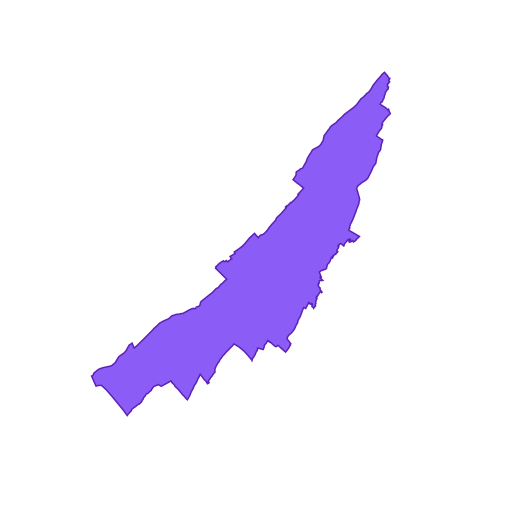 outline of Huruiesti, Bacau, Romania, rotated 61°
{"feature_id": "2599482B81249023924976", "entity_name": "Huruiesti", "entity_type": "district", "adm_level": 2, "iso_a3": "ROU", "parent_name": "Romania", "parent_adm1": "Bacau", "projection": "albers", "projection_center": [27.233, 46.261], "detail": "fine", "context": "isolated", "style": "filled", "palette": "violet", "viewbox_px": 512, "rotation_deg": 61, "n_neighbors": 0, "source": "geoboundaries", "source_scale": "gbopen_adm2", "svg_char_len": 6078}
<svg xmlns="http://www.w3.org/2000/svg" viewBox="0 0 512 512"><g transform="rotate(61 256 256)"><path d="M333.1,446.0L332.4,444.6L331.4,441.8L331.2,440.6L330.1,439.2L329.7,438.4L329.1,433.3L328.6,430.7L328.9,430.2L328.2,427.0L327.3,425.9L326.5,424.2L325.3,422.7L324.6,420.5L323.5,419.2L323.5,418.4L323.8,417.6L323.2,415.3L322.7,412.7L321.7,411.3L320.7,409.0L320.6,408.4L320.9,406.3L321.0,403.8L321.5,403.7L324.0,402.0L324.1,390.8L326.2,390.9L327.9,390.2L329.3,389.9L330.9,390.0L334.8,388.7L342.5,387.3L344.0,386.7L346.5,386.4L348.1,385.9L348.5,385.7L345.5,381.0L343.4,378.5L341.8,375.9L339.0,372.2L338.9,371.6L337.7,369.5L335.2,366.2L334.0,364.1L332.4,362.5L332.4,362.1L339.5,361.1L341.3,360.5L344.2,360.4L344.3,360.3L344.1,358.5L343.0,358.9L342.8,358.4L342.4,358.5L340.0,353.6L339.5,352.1L338.8,351.3L338.7,350.7L338.1,349.6L337.7,348.1L336.3,347.6L334.4,346.2L332.1,342.9L331.2,341.3L330.4,339.3L329.1,337.8L328.5,335.8L327.5,334.3L326.5,330.9L325.8,329.4L324.6,325.0L323.9,323.0L323.3,320.6L322.2,317.9L327.2,315.0L333.6,312.5L339.6,311.1L344.5,310.2L345.5,310.2L344.1,308.9L343.3,307.1L341.8,304.5L340.1,302.5L339.3,300.8L338.6,300.1L337.2,299.3L341.3,295.0L339.4,292.8L338.1,291.8L337.8,291.3L337.4,289.6L335.6,286.7L337.7,286.0L337.5,285.6L344.3,283.1L345.1,282.4L344.9,280.6L345.0,279.9L349.0,278.7L354.4,276.7L353.3,274.0L352.7,272.6L351.3,270.6L350.6,269.1L350.1,269.1L349.7,268.1L343.1,269.0L341.6,266.7L341.0,265.2L340.6,263.0L340.1,261.4L339.3,259.3L338.2,257.3L335.8,254.2L335.0,252.5L332.7,250.4L330.2,246.4L325.6,241.1L324.2,239.2L326.0,238.0L322.9,233.3L322.1,232.4L322.4,232.2L323.2,232.7L324.0,231.9L324.6,231.7L325.1,231.0L324.5,230.6L325.2,230.0L326.3,230.7L327.0,231.5L328.0,231.4L328.4,230.9L329.7,230.9L329.3,230.4L329.1,229.5L328.6,228.9L328.6,228.2L327.3,227.7L326.7,226.8L324.8,225.8L322.6,223.2L321.8,223.6L320.7,222.6L321.2,222.1L320.4,221.0L318.5,217.2L319.3,216.5L319.9,216.3L319.6,215.8L316.1,216.2L315.7,216.0L315.2,215.4L313.7,215.9L311.5,215.8L311.4,215.2L310.8,215.1L310.3,213.8L309.4,213.6L308.4,212.3L309.3,210.5L309.7,209.4L306.4,210.4L305.8,210.3L306.2,209.2L300.7,208.4L300.4,206.5L300.6,205.2L300.9,204.4L300.9,203.2L301.2,202.2L301.2,201.1L301.0,200.4L297.9,197.5L297.6,195.9L296.4,193.7L294.9,191.9L293.9,191.0L293.8,190.7L294.9,190.1L294.7,189.9L294.4,190.0L293.3,188.9L293.2,188.5L293.7,188.4L293.3,187.8L292.7,185.7L293.1,185.6L293.1,185.3L292.3,184.0L292.4,183.5L291.8,182.3L290.8,182.9L290.5,182.7L289.6,181.6L289.2,180.7L288.1,179.1L287.1,179.5L286.9,178.8L286.9,178.5L286.7,178.4L286.5,178.6L286.3,178.3L286.3,177.8L286.5,177.8L286.2,176.6L285.9,176.3L286.0,176.0L287.3,175.3L289.8,174.4L288.9,173.3L288.4,173.0L286.9,169.1L286.2,168.1L286.2,167.8L286.2,167.5L286.4,167.3L286.8,165.5L287.1,165.4L287.7,165.6L287.7,165.9L288.0,166.3L288.0,167.0L287.8,167.1L287.7,167.6L288.7,167.3L289.2,167.6L289.3,166.8L289.4,166.4L289.6,166.3L289.6,165.9L289.3,165.0L289.4,164.1L290.4,164.2L291.0,164.0L290.7,161.9L290.9,161.9L290.9,161.6L290.5,161.1L290.5,160.6L290.2,160.3L290.2,159.9L289.7,159.0L289.7,157.9L289.1,156.0L278.4,162.4L277.8,161.9L277.1,160.4L276.1,160.2L274.1,158.1L270.9,153.5L265.1,146.5L264.6,146.2L261.4,142.2L259.5,140.1L258.4,139.8L257.6,138.5L256.8,137.9L254.7,137.3L245.6,135.2L245.0,134.5L244.2,132.9L243.9,132.8L243.7,130.6L243.1,127.5L243.1,125.3L243.0,123.5L242.3,120.7L237.6,113.8L234.9,110.4L233.0,106.3L227.9,102.1L226.5,100.3L225.0,98.8L223.8,96.3L223.0,95.1L221.9,94.5L220.6,93.3L219.4,92.5L216.6,89.4L215.8,88.9L214.9,89.7L209.3,92.5L206.5,87.6L205.6,85.6L205.5,84.8L204.5,83.6L203.4,82.9L202.5,81.6L201.9,82.0L201.1,81.1L199.8,79.2L199.7,78.6L197.8,73.8L196.6,69.5L193.6,69.3L192.1,68.9L192.5,69.8L189.5,70.6L183.6,73.8L182.6,72.8L182.3,71.6L182.4,70.9L181.2,69.5L179.8,67.3L178.1,66.1L177.6,65.3L175.8,63.5L174.3,60.9L174.2,59.8L172.5,58.2L171.4,58.8L171.2,58.4L169.6,58.0L169.2,57.3L169.5,57.2L169.3,56.5L169.1,56.2L168.9,55.6L168.2,55.2L168.3,54.6L166.4,54.8L166.1,53.4L165.7,53.0L165.6,53.3L162.6,53.7L162.2,53.6L157.6,54.6L158.3,57.9L159.4,60.2L160.5,63.7L163.5,70.9L165.5,74.0L167.1,77.4L167.4,78.7L167.6,80.7L168.4,82.7L169.1,85.4L169.4,88.0L172.5,94.8L173.4,98.6L175.0,110.3L175.8,112.3L177.1,118.2L178.4,122.0L178.3,122.9L178.7,126.7L179.2,128.4L180.5,130.7L180.7,131.5L182.8,135.8L183.6,137.9L187.6,141.4L188.3,142.4L188.6,143.4L189.7,144.9L190.3,146.6L190.5,147.6L190.6,149.9L190.5,154.0L190.6,155.0L190.9,155.8L192.5,158.3L193.0,159.5L195.5,163.7L197.9,166.4L200.4,170.6L201.7,172.5L201.4,175.2L201.8,176.8L201.9,179.7L202.3,180.3L204.7,181.8L206.6,185.3L207.2,186.6L212.8,184.4L213.0,184.2L215.7,183.0L219.8,181.5L221.4,186.5L222.4,189.4L223.3,189.1L225.6,195.7L225.9,197.3L226.4,199.0L226.4,199.4L226.0,199.6L227.5,204.7L227.0,204.9L227.5,206.5L228.5,206.2L231.1,213.6L232.4,218.8L232.6,219.5L234.1,221.4L234.8,223.1L235.7,226.1L237.6,231.0L237.9,231.8L238.4,232.0L240.3,237.6L240.5,239.9L240.0,241.3L240.0,242.3L240.3,243.4L241.1,245.2L235.5,246.3L237.1,253.0L240.0,260.3L240.6,262.7L241.0,262.9L240.9,263.7L241.4,267.1L242.0,273.1L243.7,272.9L243.8,278.9L246.7,278.7L246.5,279.1L247.1,281.6L247.0,282.2L247.3,282.8L247.4,283.7L245.6,284.1L245.6,284.8L245.8,286.4L245.6,286.6L244.4,286.8L244.5,289.8L244.8,292.3L245.4,294.0L245.9,296.3L246.5,296.2L247.0,297.3L262.1,292.9L262.8,296.4L263.1,296.8L263.3,297.4L263.9,301.1L265.4,304.4L265.2,305.4L265.2,306.8L266.8,311.7L267.1,313.9L269.1,325.8L269.6,326.9L272.0,329.1L272.3,329.8L271.8,332.5L271.9,333.1L272.6,335.0L272.5,335.4L271.5,335.9L271.0,337.7L270.8,340.6L270.8,347.8L270.2,349.0L269.6,351.4L268.6,353.5L267.5,358.5L268.4,362.3L268.5,363.2L268.0,368.5L268.0,373.0L268.9,375.8L269.9,380.5L270.6,382.1L273.5,392.1L276.5,402.7L277.4,406.7L277.4,407.2L272.1,406.6L272.3,407.9L272.4,410.0L273.9,412.6L275.6,415.1L276.2,416.5L276.9,418.8L277.3,423.3L277.7,425.1L279.0,427.5L280.9,430.5L282.0,435.7L279.6,443.7L278.9,447.1L278.9,448.1L278.8,449.1L279.9,454.7L281.2,456.2L281.4,456.7L281.3,458.0L292.2,459.0L292.9,456.5L294.2,453.9L300.5,451.8L309.6,449.9L326.4,446.8L333.1,446.0Z" fill="#8b5cf6" stroke="#5b21b6" stroke-width="1.5"/></g></svg>